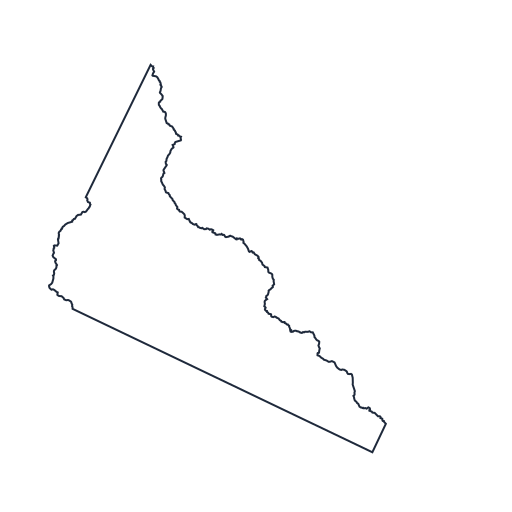 Pehuenches, Neuquén, Argentina (Robinson projection), rotated 25°
{"feature_id": "61730980B17144703425543", "entity_name": "Pehuenches", "entity_type": "district", "adm_level": 2, "iso_a3": "ARG", "parent_name": "Argentina", "parent_adm1": "Neuquén", "projection": "robinson", "projection_center": [-69.405, -37.182], "detail": "fine", "context": "isolated", "style": "outline", "palette": "slate", "viewbox_px": 512, "rotation_deg": 25, "n_neighbors": 0, "source": "geoboundaries", "source_scale": "gbopen_adm2", "svg_char_len": 6037}
<svg xmlns="http://www.w3.org/2000/svg" viewBox="0 0 512 512"><g transform="rotate(25 256 256)"><path d="M444.6,353.2L442.2,352.2L441.6,351.5L440.6,351.9L440.2,351.7L439.2,350.1L437.3,350.3L437.1,349.4L436.0,348.9L434.3,349.7L429.8,348.0L428.2,348.6L427.6,348.7L426.7,348.1L424.1,348.3L423.8,347.6L424.2,346.9L424.1,346.6L423.3,345.8L421.8,345.7L420.8,347.6L419.4,347.6L418.1,348.5L417.2,348.3L416.8,348.8L415.6,348.7L415.1,349.0L413.5,348.8L411.1,346.7L409.7,346.5L408.6,345.7L406.6,345.2L405.0,343.4L404.6,342.6L403.4,341.6L403.9,340.5L403.8,339.6L403.0,338.3L402.7,336.7L397.9,331.6L397.4,330.1L395.1,325.5L393.0,322.9L391.9,322.7L390.5,323.6L389.2,324.0L388.1,323.4L387.4,322.6L386.8,322.2L384.2,321.8L382.1,322.4L381.5,323.2L380.0,323.5L379.1,323.4L376.7,322.8L375.0,321.8L372.2,319.3L371.3,319.2L369.2,319.2L367.7,320.6L366.5,321.2L364.1,320.9L361.3,321.3L360.3,320.8L358.1,320.6L355.8,319.8L353.7,320.0L352.9,318.2L353.0,317.8L353.9,317.2L353.9,316.8L353.3,315.0L352.8,312.7L352.0,312.3L350.4,310.7L350.3,309.0L349.6,307.0L348.6,306.5L347.1,306.6L345.9,306.2L344.3,305.2L343.4,304.9L342.5,303.4L339.7,301.2L338.2,301.9L336.3,301.6L335.1,302.8L332.5,303.9L331.8,304.9L330.8,305.0L330.4,306.0L329.5,306.6L328.7,306.4L328.2,306.7L326.9,306.4L326.2,306.6L325.7,306.5L325.1,306.9L324.2,306.8L323.1,307.1L322.0,307.9L321.5,309.0L320.0,309.9L319.3,309.9L318.7,309.3L319.2,308.3L318.7,308.1L317.9,308.1L317.3,307.2L315.8,305.9L315.5,305.2L314.3,305.0L313.8,304.6L312.8,305.0L311.8,304.5L310.4,304.6L309.9,303.8L309.6,303.8L308.4,304.6L306.8,304.8L306.2,304.2L304.7,304.1L302.9,303.1L300.7,303.2L300.4,302.9L298.5,302.9L297.5,304.1L295.8,304.4L295.1,304.0L294.5,302.7L294.0,302.4L292.2,303.0L291.7,303.0L291.0,302.2L289.6,302.1L289.1,301.2L288.3,301.5L287.0,301.0L286.5,300.4L286.6,298.8L286.0,298.4L284.8,298.1L284.3,295.6L283.6,294.7L283.0,293.4L283.0,293.0L283.5,291.7L284.3,290.4L282.6,289.6L282.7,289.2L282.2,288.1L283.0,286.5L283.1,285.8L282.6,283.0L282.1,282.2L282.4,281.1L283.2,280.2L283.6,278.7L284.4,277.2L284.4,276.9L283.6,275.9L284.4,274.0L282.5,271.2L282.2,270.1L280.8,269.4L279.6,268.0L278.7,266.1L278.3,265.7L276.9,265.4L274.9,265.6L273.9,265.2L272.9,263.3L271.3,261.6L268.7,262.3L267.9,261.5L265.5,261.0L264.3,259.5L262.1,258.4L260.7,258.4L260.1,257.5L259.1,257.2L258.8,257.0L258.9,255.9L257.3,255.1L254.2,254.9L252.3,253.7L251.5,254.3L250.2,253.4L249.8,253.4L248.4,255.0L247.6,254.8L245.7,252.8L243.5,251.2L240.3,249.7L239.0,249.4L238.7,248.3L237.3,246.7L236.2,246.6L235.7,246.9L235.7,247.3L235.3,247.4L234.6,246.9L234.0,246.8L232.7,247.9L231.3,248.1L231.5,249.1L231.0,249.3L226.7,248.3L224.6,248.6L224.1,248.5L223.4,249.1L223.2,249.9L220.8,251.6L220.0,251.6L218.3,250.4L217.8,250.4L216.9,251.0L215.5,250.5L215.1,251.4L214.0,251.7L211.6,253.4L210.2,253.6L209.8,252.8L209.4,252.6L206.5,252.9L206.2,252.6L206.1,252.0L206.5,251.0L206.4,250.7L204.7,250.6L203.8,250.8L203.0,251.7L201.3,251.4L199.6,251.8L199.3,252.8L197.7,253.6L195.4,253.2L195.1,253.8L193.3,254.2L192.2,254.0L191.4,254.3L190.7,253.6L189.2,253.2L188.5,252.3L188.2,252.3L187.0,253.6L185.1,253.7L184.4,253.3L182.5,253.3L181.9,253.0L181.8,252.6L181.1,252.4L179.4,250.8L178.1,251.7L175.1,251.3L174.4,249.5L173.5,248.5L171.6,247.8L169.9,247.3L168.2,247.9L167.4,247.5L166.8,246.7L166.3,246.9L164.5,246.5L164.3,246.2L164.1,244.9L161.8,243.7L160.9,242.7L159.8,242.3L159.4,241.6L156.9,240.6L156.1,239.6L153.2,238.5L152.6,238.2L152.2,237.3L151.0,236.9L150.0,236.0L147.8,236.4L147.3,236.2L146.4,235.1L144.8,233.9L144.4,232.3L142.7,231.2L141.4,230.7L139.4,228.9L138.8,228.6L138.3,228.0L138.0,227.0L137.3,226.2L137.1,225.1L137.7,223.9L137.8,223.2L137.3,220.3L137.9,219.5L137.1,218.6L136.1,217.8L135.8,216.9L136.7,211.4L136.6,211.1L135.4,210.6L134.3,208.9L134.6,207.7L133.9,205.7L134.0,204.1L133.8,202.2L134.4,200.4L134.6,198.6L134.1,196.9L134.3,194.5L135.3,192.6L135.3,192.3L133.5,190.6L135.0,189.0L134.7,187.8L134.8,186.7L139.0,183.0L139.0,182.5L137.6,180.6L137.6,179.6L136.1,179.8L134.9,179.3L134.5,179.7L133.5,179.0L132.1,179.1L131.8,179.0L131.1,177.8L130.2,177.4L129.5,176.6L128.0,176.2L127.8,175.6L125.3,174.1L122.8,174.3L121.8,173.4L121.0,173.7L120.3,173.2L118.9,173.3L115.7,169.9L115.2,168.5L115.0,167.0L114.3,165.3L113.8,164.7L112.9,164.0L111.5,164.1L111.0,164.4L108.4,162.5L107.6,162.4L105.7,161.2L105.5,160.8L104.1,160.1L103.2,158.3L103.2,157.7L104.0,156.6L103.8,155.7L104.8,153.5L104.5,152.1L104.0,151.1L103.9,150.5L102.1,149.5L100.0,148.7L99.7,148.3L99.7,146.7L99.0,144.2L99.1,142.7L98.6,142.6L98.2,141.8L97.1,141.3L97.3,140.8L96.0,139.1L95.1,138.8L94.9,138.2L93.7,137.8L93.0,137.1L91.0,135.7L89.5,135.4L86.2,136.3L85.8,136.1L85.5,134.0L85.8,132.0L83.8,130.4L83.5,129.9L83.8,129.2L83.8,128.8L82.7,128.2L82.6,127.8L82.3,128.0L81.2,127.9L79.7,127.3L76.9,274.7L78.7,275.1L79.4,276.0L79.5,276.9L80.9,278.1L82.9,277.9L83.4,278.8L84.3,279.4L84.2,280.0L84.5,281.6L84.1,282.5L84.2,283.6L83.8,284.3L83.2,287.5L82.3,288.6L80.9,288.8L80.1,289.5L79.8,292.5L77.3,294.0L77.2,294.5L76.5,295.4L76.2,298.8L75.3,299.4L74.9,301.0L74.5,301.4L74.8,302.3L74.5,302.3L74.3,303.1L73.7,303.7L71.5,305.6L69.8,308.2L69.4,309.8L68.5,311.2L68.6,312.7L68.3,313.1L68.6,313.5L68.1,314.5L68.2,315.7L67.5,317.1L67.4,318.2L67.8,319.2L68.4,319.7L68.5,320.5L68.8,320.7L69.0,321.7L69.3,322.0L69.3,322.9L69.6,323.3L69.4,323.8L69.6,324.1L69.4,324.3L69.5,324.7L71.7,327.9L71.5,330.6L68.8,331.6L68.5,332.2L69.7,333.8L69.4,334.6L69.6,334.8L69.9,336.6L71.6,338.5L71.4,339.3L71.5,341.6L72.8,342.7L76.1,343.5L76.5,344.5L76.1,345.2L76.2,345.8L77.2,346.9L79.5,348.3L79.5,348.6L79.2,349.0L79.8,350.3L80.0,351.8L79.9,352.4L79.2,354.1L79.2,354.9L79.6,355.9L80.4,356.9L80.8,358.5L80.7,359.1L80.3,359.5L81.1,360.2L81.9,362.1L82.6,366.3L82.2,368.0L80.9,370.1L81.5,371.3L82.6,372.3L84.9,373.0L86.0,372.0L87.5,372.0L90.4,372.8L91.4,372.8L91.7,372.8L92.2,374.8L92.6,375.3L94.4,375.5L96.8,374.6L99.4,375.4L100.5,376.4L102.7,376.3L104.1,375.4L104.8,375.2L107.4,375.5L108.1,375.9L108.9,376.9L110.1,377.8L110.5,379.2L111.3,379.8L112.1,381.4L444.4,384.7L444.6,353.2Z" fill="none" stroke="#1e293b" stroke-width="2"/></g></svg>